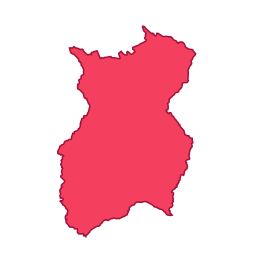 outline of Redenção, Pará, Brazil, rotated 76°
{"feature_id": "56859067B40861427462904", "entity_name": "Redenção", "entity_type": "district", "adm_level": 2, "iso_a3": "BRA", "parent_name": "Brazil", "parent_adm1": "Pará", "projection": "mercator", "projection_center": [-50.206, -8.057], "detail": "fine", "context": "isolated", "style": "filled", "palette": "rose", "viewbox_px": 256, "rotation_deg": 76, "n_neighbors": 0, "source": "geoboundaries", "source_scale": "gbopen_adm2", "svg_char_len": 5831}
<svg xmlns="http://www.w3.org/2000/svg" viewBox="0 0 256 256"><g transform="rotate(76 128 128)"><path d="M57.1,56.9L57.3,58.0L58.0,58.8L57.5,59.4L55.9,59.8L54.9,60.4L53.9,62.0L53.3,62.6L51.6,63.1L50.1,64.2L49.6,65.1L49.4,66.2L48.3,68.5L48.0,71.2L47.7,72.0L45.0,74.4L43.3,76.2L43.1,77.1L44.7,77.9L45.1,78.6L45.0,79.6L44.2,80.2L43.2,80.1L42.6,80.4L42.0,81.1L42.5,81.8L40.7,83.3L35.8,86.7L33.8,87.4L33.2,88.0L32.8,89.0L33.5,89.6L35.1,89.3L36.8,89.4L37.7,89.2L39.5,88.0L40.3,87.7L41.7,88.5L43.4,88.9L44.8,90.1L45.5,90.0L46.9,89.0L47.7,89.2L48.2,90.3L48.4,91.7L48.9,92.5L49.2,95.2L50.3,98.0L50.8,103.2L51.2,104.1L52.8,104.3L54.0,103.1L54.9,103.2L55.9,102.9L56.4,104.5L57.1,105.1L57.4,106.8L56.7,107.7L54.7,108.8L53.6,110.1L54.2,110.8L56.4,111.1L56.9,111.6L56.8,112.7L56.2,113.5L54.5,114.9L51.9,116.1L53.3,118.9L55.4,119.1L58.3,118.6L58.7,119.6L56.3,124.9L55.8,126.9L54.5,127.3L54.1,132.6L53.8,133.6L54.2,135.1L53.5,136.8L53.9,138.1L45.6,139.3L45.7,142.9L46.1,143.5L45.9,145.0L46.4,145.7L47.9,145.6L47.2,147.5L47.4,149.4L43.3,152.3L41.1,152.7L40.4,153.4L40.3,155.2L38.2,158.1L37.6,159.4L35.9,160.9L36.9,162.2L36.2,165.4L40.5,165.4L41.9,164.8L43.9,162.2L49.4,159.3L51.6,159.4L52.2,158.4L52.9,158.6L53.7,157.7L55.7,158.3L57.1,157.4L59.9,157.0L61.4,157.1L62.1,157.3L62.8,157.7L64.3,157.8L65.2,158.2L65.6,159.0L65.8,160.5L66.5,161.0L68.4,161.5L68.9,162.1L69.3,163.9L70.0,164.3L71.8,164.1L72.5,164.4L73.1,164.8L73.5,166.2L76.7,167.2L77.6,167.3L78.4,166.9L79.9,165.0L81.3,164.5L83.4,163.1L87.8,163.1L88.8,162.4L89.1,161.7L89.7,161.0L90.3,161.4L91.6,160.7L94.8,160.5L95.5,160.0L97.5,159.6L100.2,161.2L101.7,161.8L103.4,163.0L103.8,163.7L105.4,164.3L106.1,166.1L105.4,167.5L105.9,168.1L107.4,168.4L107.6,170.3L108.2,170.9L109.1,171.1L110.4,172.3L112.1,172.7L112.4,173.4L113.3,173.4L115.0,174.0L116.7,175.4L116.6,176.1L117.8,177.0L118.4,178.3L118.5,180.3L118.7,181.1L120.3,181.4L120.3,182.3L119.8,183.0L120.6,183.3L123.2,185.1L124.8,185.3L125.1,186.0L125.2,187.0L124.8,187.6L125.7,189.9L125.3,190.5L125.8,192.5L126.3,193.1L126.9,193.4L128.1,194.4L128.4,195.2L128.2,195.9L128.6,197.1L129.3,197.8L129.3,198.6L131.0,199.4L133.6,201.8L134.5,201.8L135.8,202.3L136.4,201.7L136.6,200.7L138.2,199.6L137.8,198.9L138.2,198.2L138.8,197.6L139.6,197.2L140.2,198.6L141.0,199.0L141.7,198.9L142.4,199.3L142.8,200.2L143.5,200.8L144.1,200.5L145.7,200.8L146.5,201.3L146.8,202.0L147.6,202.1L148.9,201.4L150.3,201.9L150.6,201.2L151.4,201.1L153.0,202.5L154.4,202.9L155.0,203.2L156.8,202.9L157.5,203.3L158.0,204.0L158.3,204.8L159.0,205.0L159.8,204.8L162.6,202.9L164.3,202.3L165.1,202.8L165.7,203.4L165.9,204.3L167.3,206.5L168.0,206.5L168.8,206.8L169.3,206.2L170.6,208.2L172.0,209.2L172.8,209.1L173.5,209.5L175.3,209.2L177.4,210.6L178.9,210.4L179.6,210.6L180.3,208.3L181.1,208.0L182.1,208.6L182.6,209.4L182.2,211.1L182.7,211.6L184.5,210.1L185.3,210.4L186.0,209.7L186.9,209.8L188.1,208.4L189.9,207.8L190.8,207.9L192.2,206.9L193.7,206.4L195.3,207.2L195.8,207.7L197.4,207.8L197.7,208.6L197.6,209.3L198.9,210.3L200.5,210.6L201.9,210.5L201.9,209.6L202.7,209.8L202.8,210.5L204.5,210.9L205.3,210.8L207.5,209.3L208.4,209.3L209.2,208.7L210.0,208.5L210.4,207.6L210.3,206.8L211.1,205.3L211.5,204.7L212.4,204.6L213.0,204.2L213.5,201.6L215.1,201.7L216.7,202.4L218.1,201.9L218.9,201.3L219.5,199.2L219.3,198.1L219.7,197.2L220.4,196.5L220.9,197.2L221.8,197.0L221.9,196.2L223.2,195.3L222.1,194.7L221.5,193.1L220.0,191.1L219.8,190.4L219.1,190.2L218.6,189.6L217.1,186.5L217.1,185.6L216.7,184.9L216.1,182.9L215.9,181.1L216.2,180.3L216.0,179.4L215.1,178.1L214.5,177.7L214.0,176.9L213.8,176.1L212.0,174.2L212.0,172.7L211.5,172.0L211.6,171.2L212.3,170.9L213.0,169.5L212.5,168.0L212.0,167.4L211.9,166.6L212.2,165.0L211.9,164.4L211.9,163.6L212.1,162.9L213.1,161.5L213.3,160.7L213.1,160.0L213.6,159.3L213.8,158.2L213.3,155.7L212.7,154.1L213.1,153.3L212.9,152.6L212.4,152.1L211.9,149.6L210.3,149.0L210.0,148.4L209.4,147.8L208.4,148.1L207.8,146.6L207.1,146.3L206.3,146.3L205.5,145.8L204.1,142.9L204.0,142.0L204.2,141.1L203.9,140.3L202.7,139.2L202.1,137.7L202.3,136.0L202.8,135.2L203.4,132.1L203.2,129.9L204.2,127.7L208.8,122.6L210.4,121.9L210.9,121.4L212.0,119.2L212.8,118.7L213.7,117.2L214.4,116.8L215.3,114.7L216.7,113.7L217.7,113.4L218.7,112.2L220.7,111.8L221.9,110.9L223.2,107.9L223.2,106.2L222.3,106.7L220.7,107.9L219.8,107.7L219.1,107.2L218.3,107.5L217.7,108.1L215.8,107.2L215.4,106.2L215.5,105.3L214.5,103.8L213.6,103.2L211.1,103.4L210.7,102.3L210.0,101.6L209.3,102.0L207.8,101.1L205.5,101.4L203.8,100.1L202.5,99.6L201.4,100.0L201.1,101.1L200.1,100.7L199.2,99.9L198.1,96.9L197.4,96.6L196.9,96.1L197.3,95.1L195.8,94.2L194.8,94.4L194.4,93.8L194.3,92.8L193.2,92.4L192.9,91.7L191.6,91.8L191.5,90.7L190.9,90.1L189.7,89.8L186.6,88.2L186.3,87.4L186.4,86.4L187.3,86.0L187.2,85.3L183.1,83.3L181.7,80.6L179.5,79.6L178.1,79.5L176.7,80.1L176.0,79.5L175.2,80.3L174.4,80.1L173.1,78.5L173.3,76.8L173.1,75.9L172.2,75.5L170.3,75.7L169.4,75.5L168.6,74.9L167.5,74.7L165.7,73.8L164.6,73.5L163.5,72.1L162.1,71.6L161.7,70.2L158.2,70.0L158.1,68.7L155.0,68.5L153.6,68.1L153.0,69.6L151.3,70.7L150.4,70.8L149.4,73.0L148.1,74.4L144.0,74.4L139.3,76.9L137.5,76.9L137.2,77.9L135.8,77.8L134.8,78.1L133.6,78.9L131.6,79.6L130.8,80.3L128.2,81.0L126.0,82.5L125.0,82.3L123.5,82.8L123.2,84.0L124.0,84.6L123.2,85.8L122.3,85.7L121.9,86.5L119.9,86.7L119.8,84.8L117.3,83.8L113.7,83.5L113.2,82.2L110.9,81.2L109.9,81.0L108.3,77.7L107.7,77.2L106.8,74.9L105.4,73.9L105.2,72.4L105.4,71.3L105.2,70.6L104.6,69.9L103.5,69.4L102.8,67.8L101.6,66.1L97.6,64.2L97.5,62.6L98.2,60.2L97.9,59.2L96.6,57.9L95.5,58.2L90.7,56.6L88.4,56.0L86.4,55.8L84.7,54.3L83.0,53.4L82.4,52.0L81.6,51.6L81.1,50.7L80.1,50.5L78.6,50.8L77.9,50.4L76.9,48.8L75.7,48.4L74.4,46.9L73.1,44.9L72.2,44.4L69.4,45.9L67.6,46.4L66.1,50.0L65.1,50.8L64.5,51.7L63.0,52.7L59.9,53.0L57.8,54.4L57.5,55.0L57.6,55.8L57.1,56.9Z" fill="#f43f5e" stroke="#9f1239" stroke-width="1.5"/></g></svg>